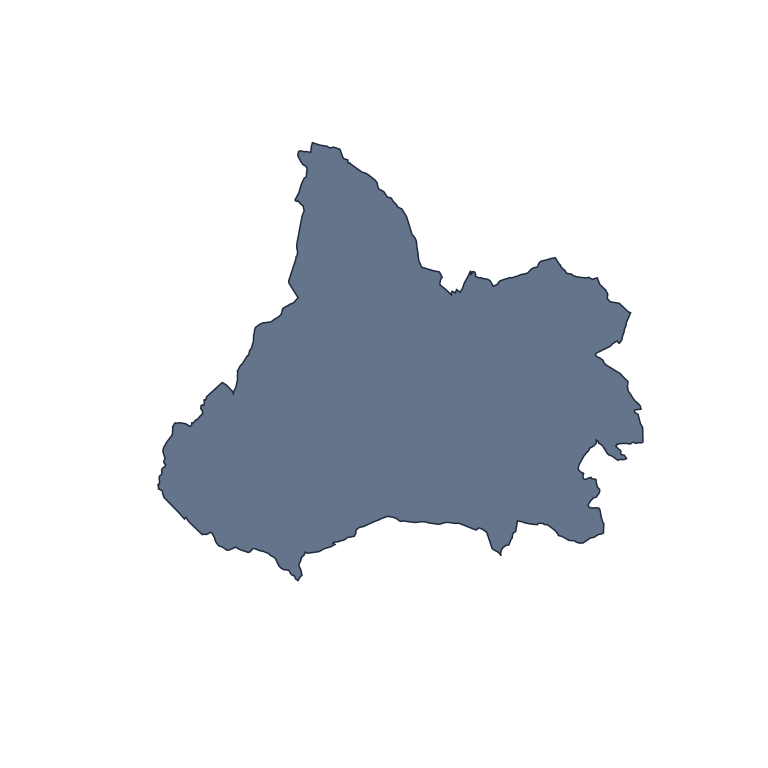 outline of Corbeni, Arges, Romania, rotated 58°
{"feature_id": "2599482B87595720625527", "entity_name": "Corbeni", "entity_type": "district", "adm_level": 2, "iso_a3": "ROU", "parent_name": "Romania", "parent_adm1": "Arges", "projection": "robinson", "projection_center": [24.667, 45.289], "detail": "fine", "context": "isolated", "style": "filled", "palette": "slate", "viewbox_px": 768, "rotation_deg": 58, "n_neighbors": 0, "source": "geoboundaries", "source_scale": "gbopen_adm2", "svg_char_len": 6170}
<svg xmlns="http://www.w3.org/2000/svg" viewBox="0 0 768 768"><g transform="rotate(58 384 384)"><path d="M581.0,379.5L583.9,378.2L586.0,376.9L588.5,375.9L591.8,375.7L589.8,375.1L587.2,372.7L586.0,370.2L585.6,367.4L585.7,365.3L586.7,363.4L583.6,359.3L582.4,356.7L580.2,355.1L578.9,353.6L578.9,350.5L570.8,343.4L574.1,339.8L576.7,337.9L580.8,333.4L584.6,328.5L583.9,327.0L585.5,324.5L586.7,322.9L588.2,322.5L589.6,320.4L591.2,319.4L599.4,316.4L603.5,316.1L604.9,316.4L607.7,313.7L614.7,310.0L618.0,305.4L619.9,304.8L622.3,302.8L624.3,299.5L624.0,290.6L625.3,287.2L625.3,281.7L626.5,278.9L626.6,276.8L620.2,272.5L619.4,271.7L616.9,271.7L611.6,270.1L605.3,267.6L603.5,267.4L602.0,268.8L598.4,274.7L596.3,275.3L594.6,274.9L592.5,270.4L591.6,266.7L592.4,263.7L590.5,259.3L589.5,258.1L587.8,257.0L584.6,257.6L580.9,256.5L577.3,254.9L576.4,255.5L574.6,257.9L573.9,258.2L572.9,257.9L572.2,259.9L571.9,262.5L571.3,264.4L569.5,265.0L567.1,263.9L566.0,262.2L565.1,262.2L564.4,263.0L561.6,264.2L558.8,264.3L557.7,263.4L555.3,260.6L550.7,252.0L550.5,250.7L549.8,249.5L549.3,246.8L548.8,245.5L547.5,243.9L547.7,238.8L546.5,235.0L545.6,234.4L543.9,233.9L544.4,233.4L546.6,232.7L548.2,233.3L549.4,232.4L552.1,231.4L560.4,231.5L563.0,231.1L566.4,228.6L572.5,226.2L573.5,223.0L574.6,221.8L575.3,220.4L575.7,218.9L575.7,217.7L571.6,218.0L569.8,220.0L568.9,220.2L566.6,218.8L565.4,218.7L563.6,219.5L559.7,220.4L559.6,219.7L558.3,218.6L559.1,217.9L559.4,215.8L562.5,210.4L565.5,206.8L565.1,205.3L565.7,203.0L567.7,202.1L569.2,198.2L570.4,196.8L570.4,195.1L557.8,187.6L553.7,187.6L544.3,184.6L541.7,186.1L539.7,186.2L538.9,184.9L541.6,179.4L538.6,178.3L535.1,178.8L531.6,180.0L527.9,180.4L522.6,180.3L520.4,180.6L518.4,180.4L517.0,179.4L515.6,179.3L511.2,175.8L504.2,177.5L500.7,178.0L486.1,185.3L483.0,186.3L481.4,185.8L479.8,185.8L475.8,187.3L475.4,188.1L471.8,189.5L470.3,187.8L471.9,171.9L471.0,169.0L471.0,163.6L474.1,163.1L473.9,161.9L472.5,158.7L469.9,156.4L467.3,153.1L464.5,150.5L462.8,147.8L460.4,146.0L454.3,137.1L453.8,137.3L452.8,138.4L440.3,141.7L434.0,148.7L429.6,149.3L426.4,146.6L422.0,146.2L414.0,148.2L406.9,146.9L405.6,152.0L402.0,153.8L401.1,156.6L395.2,163.8L391.6,166.6L390.3,166.6L386.9,170.4L382.7,170.5L382.3,171.1L379.4,171.5L378.5,171.9L376.7,171.4L374.6,171.9L367.7,171.8L366.0,176.0L364.9,180.4L363.0,186.0L363.5,188.3L366.2,192.1L364.8,195.1L364.6,198.0L365.9,203.0L365.7,204.8L363.7,210.1L363.2,213.9L362.1,217.3L362.0,218.9L360.4,221.1L358.0,230.8L358.6,233.3L359.5,234.4L359.2,239.4L352.4,239.3L349.9,240.8L347.8,243.4L345.2,245.6L344.0,247.6L341.0,249.4L339.4,248.0L337.0,247.8L335.7,249.2L336.5,250.3L337.4,253.0L334.9,250.7L334.2,251.1L336.3,254.2L340.9,262.3L344.4,266.7L346.6,270.7L342.4,272.4L344.5,275.3L341.5,277.0L342.3,278.6L344.0,279.7L336.6,281.5L330.1,283.8L329.0,283.7L327.9,283.0L324.8,279.9L324.5,278.1L318.3,277.6L314.0,282.2L304.9,290.1L297.7,289.1L290.5,285.6L284.1,283.0L280.5,281.0L277.0,280.3L271.8,280.9L254.2,276.2L245.0,276.1L241.6,278.4L237.7,278.5L234.2,279.4L230.3,279.3L227.1,282.1L221.1,282.2L218.1,283.6L216.7,285.0L213.2,284.6L209.6,283.1L205.6,283.7L196.9,287.0L195.1,288.2L192.6,290.4L180.0,295.6L178.2,295.9L177.3,297.4L174.7,295.9L171.2,299.0L161.6,297.0L156.5,301.1L154.9,305.2L152.5,306.0L147.3,311.9L141.4,316.8L144.4,320.0L148.7,323.4L145.8,326.6L144.6,328.8L142.4,330.6L141.5,333.1L143.7,335.5L145.8,336.3L151.8,336.7L155.7,336.3L156.3,335.5L158.3,335.0L160.3,334.9L167.0,340.1L167.3,342.9L170.8,348.3L176.8,355.0L180.8,362.0L182.5,361.6L182.9,361.2L183.0,360.3L183.4,359.9L187.3,359.3L190.0,358.2L194.7,359.9L198.3,364.6L218.7,383.4L221.9,385.7L225.8,387.1L228.4,389.0L229.1,389.9L229.6,391.3L231.3,392.5L246.2,410.4L248.6,411.2L265.2,411.1L266.8,416.3L267.2,418.8L266.4,421.7L266.7,423.7L266.3,426.7L266.4,430.0L269.5,433.1L270.7,435.0L271.2,439.0L271.0,442.2L271.4,446.3L270.9,448.3L269.7,450.5L269.3,452.1L268.3,453.4L267.5,456.8L267.9,462.9L269.4,465.0L272.2,467.1L273.0,468.3L278.5,472.1L283.3,477.3L284.4,480.2L287.7,483.4L287.6,485.0L291.7,493.3L292.4,496.3L295.5,501.6L296.8,502.1L299.3,504.0L302.4,505.6L308.4,511.5L310.5,515.1L312.2,516.9L309.6,516.5L301.0,518.3L297.0,520.4L300.8,541.1L302.8,543.5L302.7,544.3L302.2,544.6L302.2,545.2L304.1,545.9L306.4,547.7L306.5,548.2L306.2,548.6L305.4,549.1L305.4,550.5L306.5,551.5L308.3,552.6L309.2,552.1L312.8,553.1L313.7,556.2L313.8,557.2L315.1,560.7L314.7,562.4L315.9,566.6L315.1,567.7L316.6,568.6L317.3,570.1L317.0,571.1L312.6,573.2L308.7,577.7L307.4,580.4L306.4,581.6L306.6,583.1L307.6,584.3L308.1,585.7L313.6,589.3L315.2,591.3L318.3,599.4L321.4,604.9L323.8,607.2L328.8,608.6L330.4,608.6L333.2,612.0L334.2,612.3L335.9,612.2L335.9,611.9L336.5,611.8L338.1,613.6L337.8,614.7L338.3,617.3L339.2,618.2L342.1,619.8L342.9,621.0L343.2,623.3L343.7,623.9L346.2,625.4L348.5,626.4L349.9,627.9L349.4,628.7L350.1,629.4L351.1,629.4L353.5,630.9L357.0,628.6L360.2,629.9L363.7,630.7L385.9,625.9L392.8,624.8L392.2,622.7L397.4,622.5L415.4,618.0L416.0,616.4L417.6,614.2L417.9,610.6L418.2,609.3L418.8,608.9L423.8,609.1L428.5,610.3L431.1,610.3L434.0,609.7L435.6,608.2L437.9,606.8L441.3,605.6L442.5,604.1L443.4,599.4L443.5,596.8L444.7,595.8L447.9,594.1L454.9,588.4L455.4,586.2L454.7,584.4L454.3,582.6L454.7,581.2L459.4,577.8L462.0,575.0L465.0,573.0L466.0,571.9L469.4,571.1L471.3,569.8L474.0,568.6L483.1,569.5L485.7,568.8L488.0,567.7L491.6,563.3L494.7,563.7L496.8,563.5L498.4,562.5L499.0,561.7L502.3,562.3L505.2,561.1L503.2,557.4L502.7,554.8L497.2,552.9L493.4,552.6L491.3,551.2L490.4,549.1L487.6,546.1L486.6,542.0L484.8,540.0L487.1,538.4L491.7,528.0L492.0,522.0L494.0,514.6L493.7,512.0L494.3,510.5L493.8,510.5L492.1,511.8L491.7,511.4L491.7,510.0L493.8,506.0L493.5,504.6L494.0,504.1L495.0,501.2L495.2,498.7L494.8,497.5L494.9,496.3L497.4,489.8L495.5,486.8L494.2,486.1L493.1,485.1L492.5,481.1L494.1,476.5L495.5,465.4L496.6,460.0L496.7,457.6L498.3,450.7L499.9,449.3L500.6,448.0L504.3,445.0L509.1,443.0L509.9,441.6L510.2,440.2L512.9,437.3L518.2,430.6L520.7,425.1L523.1,421.6L524.9,420.4L531.8,412.2L532.7,410.1L533.7,406.1L535.1,403.3L540.0,397.4L540.7,395.9L542.4,393.8L556.6,383.4L556.4,379.5L559.6,377.4L564.2,375.5L581.0,379.5Z" fill="#64748b" stroke="#1e293b" stroke-width="1.5"/></g></svg>